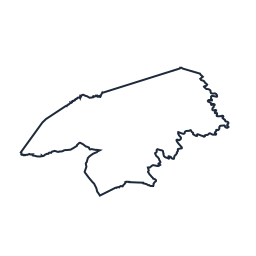 outline of Mazabuka, Southern, Zambia, rotated 106°
{"feature_id": "96606910B8169685936662", "entity_name": "Mazabuka", "entity_type": "district", "adm_level": 2, "iso_a3": "ZMB", "parent_name": "Zambia", "parent_adm1": "Southern", "projection": "equal_earth", "projection_center": [27.75, -15.894], "detail": "fine", "context": "isolated", "style": "outline", "palette": "slate", "viewbox_px": 256, "rotation_deg": 106, "n_neighbors": 0, "source": "geoboundaries", "source_scale": "gbopen_adm2", "svg_char_len": 5674}
<svg xmlns="http://www.w3.org/2000/svg" viewBox="0 0 256 256"><g transform="rotate(106 128 128)"><path d="M177.5,90.6L177.1,88.6L177.0,88.3L176.9,88.4L176.5,87.9L175.9,87.7L174.4,88.1L173.8,87.8L173.0,87.6L171.6,86.7L171.2,86.5L170.7,86.6L170.2,87.0L169.8,88.0L169.7,90.0L169.0,90.5L168.4,91.8L167.2,93.5L166.7,94.5L165.9,95.2L164.8,96.6L164.5,96.7L163.2,96.3L160.5,98.0L160.2,97.3L160.2,96.7L160.0,96.2L157.4,94.4L156.9,93.8L156.7,93.0L156.4,88.9L155.8,87.9L154.6,86.9L154.4,87.3L154.5,88.0L154.5,88.6L154.1,88.9L153.6,88.8L152.7,87.6L152.0,87.4L151.3,87.8L150.4,88.9L149.0,89.8L148.7,90.2L147.9,91.2L147.3,92.7L146.7,93.5L145.1,94.9L144.6,95.0L144.0,94.3L143.2,93.9L142.7,93.9L141.4,94.4L140.3,93.9L140.3,90.4L140.1,89.4L140.4,88.3L140.6,88.0L142.2,87.3L142.6,86.8L143.2,86.8L145.0,85.8L145.8,84.3L145.9,83.5L146.0,81.4L146.2,80.7L146.2,80.3L146.0,80.1L145.6,80.0L144.7,81.2L144.0,81.2L143.9,81.0L144.0,79.5L144.1,78.7L145.0,77.7L145.2,77.1L145.2,76.0L144.8,75.4L142.3,75.6L140.9,75.0L140.7,74.7L140.0,74.4L138.5,74.0L138.3,74.3L137.4,74.2L136.4,73.7L136.2,73.7L135.1,74.2L134.6,74.2L134.4,74.1L132.7,70.8L132.4,70.7L131.8,70.9L128.8,75.6L127.3,77.4L126.4,78.0L126.0,78.0L125.7,77.7L125.5,77.0L125.7,75.8L125.6,75.4L125.3,75.0L123.9,74.2L122.8,74.4L122.4,74.7L121.1,76.8L119.5,78.3L118.1,78.6L118.0,78.3L118.2,77.2L118.4,74.1L118.4,73.4L118.3,73.0L118.1,72.6L117.3,72.1L116.3,72.3L115.6,72.0L114.9,71.3L114.3,69.8L114.0,68.6L113.0,67.6L112.8,67.2L113.2,66.6L113.8,66.1L114.3,65.4L114.7,64.1L115.0,63.9L115.8,63.8L116.1,63.6L116.7,61.1L116.8,60.4L116.7,59.6L116.0,59.5L115.5,59.8L114.9,59.6L114.8,59.3L114.8,58.2L115.1,55.8L115.1,54.1L115.4,53.1L115.4,52.6L115.2,52.2L114.6,51.8L114.4,51.9L114.3,52.3L114.1,52.3L113.4,51.2L113.1,50.9L112.8,49.8L112.1,49.1L110.7,48.3L110.6,48.1L110.5,47.5L111.0,45.3L111.0,44.5L110.5,43.1L110.4,42.1L110.0,41.6L109.4,41.6L109.2,41.9L108.9,42.9L108.8,43.1L108.2,43.2L107.2,42.4L107.1,42.1L107.2,42.4L106.3,42.3L106.1,42.4L105.8,42.7L105.6,42.6L105.2,42.0L105.1,40.8L104.7,40.4L103.6,40.0L102.4,40.3L102.1,40.5L100.7,40.1L100.1,39.2L99.6,37.6L99.0,36.3L99.2,35.5L100.1,35.0L100.6,33.9L100.5,32.7L100.2,32.3L99.8,32.2L99.3,31.7L99.0,31.9L99.0,32.3L98.3,33.3L98.0,33.5L97.5,33.2L96.9,33.4L96.2,32.8L95.4,32.9L95.1,33.1L94.7,33.8L94.6,34.8L94.7,36.0L94.5,36.4L94.0,36.8L93.4,37.1L93.2,37.4L93.2,38.4L92.7,38.8L92.5,39.7L92.1,40.0L91.8,40.0L90.9,39.5L90.5,39.6L90.2,39.9L90.2,40.8L91.2,42.4L92.0,45.0L92.0,45.9L91.6,46.2L90.0,46.2L89.3,46.5L89.3,47.2L89.7,48.1L89.7,48.4L89.4,48.7L88.4,48.7L87.1,48.0L86.5,48.5L86.6,49.2L87.3,50.0L87.5,50.6L87.5,51.3L87.3,51.8L86.7,52.1L85.7,52.2L84.3,51.4L83.4,51.8L82.3,51.1L81.7,51.1L81.5,51.3L81.3,52.0L81.4,53.1L82.8,53.9L82.8,54.3L82.6,54.6L81.3,55.0L80.9,55.8L80.5,58.3L80.0,58.7L79.2,58.4L78.9,58.2L78.5,56.9L78.5,55.3L78.3,54.9L77.8,55.0L76.9,56.3L76.1,56.4L74.9,56.8L74.2,56.4L73.8,55.4L73.5,51.3L72.9,51.1L72.0,51.5L71.1,52.5L70.8,53.4L70.8,54.2L71.3,55.1L71.7,57.2L71.6,57.8L70.8,58.5L69.7,58.8L68.9,59.7L68.5,61.2L68.6,62.0L68.9,63.3L68.6,64.3L68.0,65.1L67.7,66.0L67.2,66.4L66.7,65.9L66.5,65.3L65.6,64.2L64.4,63.9L63.1,66.7L62.3,67.3L61.8,68.5L61.8,70.8L60.8,72.1L58.1,70.2L56.7,73.0L55.9,73.8L55.8,91.8L55.3,93.2L55.7,94.5L56.5,94.6L101.3,162.4L101.2,162.5L104.9,163.2L104.7,163.8L104.9,164.0L105.0,163.9L105.3,163.1L105.8,163.2L105.9,163.5L105.6,164.1L105.7,164.8L105.5,165.6L106.1,165.4L106.3,165.5L106.2,166.2L105.7,166.2L105.6,166.7L105.8,167.0L105.6,167.7L106.5,168.1L106.9,169.0L106.8,169.7L106.9,170.0L107.2,170.0L107.4,169.3L108.0,169.9L107.9,170.5L108.3,170.6L108.8,171.4L109.3,172.9L109.5,173.2L109.1,175.0L108.8,175.7L108.8,178.0L108.4,179.8L108.5,180.5L108.8,181.1L109.5,181.4L109.7,181.9L109.8,181.7L110.1,181.8L110.2,182.0L110.5,181.9L110.6,182.2L110.8,182.0L111.8,182.1L111.6,182.2L111.7,182.5L112.1,182.5L112.0,182.8L112.4,182.8L112.4,184.0L112.6,184.6L113.0,184.9L113.6,185.0L114.0,185.4L114.1,185.7L114.4,186.0L114.6,185.9L115.3,186.8L115.9,186.6L116.1,186.7L116.7,187.8L116.8,187.6L117.1,187.8L117.1,188.3L118.1,188.9L118.4,188.9L118.4,189.1L118.6,189.0L118.9,189.3L119.5,189.5L119.7,189.8L119.6,190.2L119.8,190.1L120.6,190.8L121.5,191.3L121.7,191.7L121.9,191.7L122.0,192.0L122.9,192.5L123.5,193.3L123.9,193.2L123.9,193.6L124.4,194.2L142.0,209.3L146.3,211.8L180.9,224.3L181.0,224.0L181.4,223.5L182.7,223.4L183.0,223.0L182.9,222.7L183.0,222.4L182.7,222.1L182.8,221.3L182.6,221.2L182.6,220.9L182.5,220.4L182.8,220.3L182.5,219.6L182.3,219.5L182.4,219.2L181.8,218.4L181.4,217.1L180.7,216.5L180.5,215.8L180.2,215.6L180.4,214.7L180.0,213.9L179.9,213.3L179.7,212.7L179.9,212.8L180.2,212.2L180.6,212.1L180.6,211.0L180.4,210.5L180.4,207.7L179.7,204.8L179.3,203.8L178.5,203.3L178.2,203.4L178.6,202.4L178.2,201.7L177.5,200.9L176.6,200.5L176.1,199.8L175.2,198.9L175.0,197.9L174.7,197.4L174.1,197.4L173.4,196.9L173.0,195.0L171.8,194.7L170.2,192.2L170.3,188.9L169.9,187.8L169.4,187.3L169.0,185.7L168.1,184.2L167.4,183.7L166.6,182.4L166.1,180.9L164.7,177.3L162.3,174.9L159.2,172.2L158.4,172.3L155.6,170.6L155.4,169.7L156.1,166.5L157.4,163.4L157.3,162.3L157.5,160.2L157.7,159.9L158.4,159.7L159.1,158.6L158.3,157.1L158.0,153.4L157.5,151.4L157.2,149.0L158.7,150.6L159.8,151.3L162.1,154.2L164.2,156.0L166.0,157.3L167.9,158.3L172.3,158.3L173.1,158.7L173.8,158.8L176.7,157.3L182.1,157.6L182.5,157.3L186.4,152.2L189.8,147.2L190.8,145.3L194.5,141.9L197.6,140.1L199.5,137.7L200.7,136.4L188.9,123.6L188.7,122.6L188.2,122.4L187.5,121.1L187.5,120.1L186.5,119.7L185.7,118.8L185.7,117.4L185.5,117.0L184.5,116.9L182.8,115.9L180.6,115.1L180.5,115.4L180.2,115.1L179.4,111.9L179.7,111.8L176.4,98.3L177.0,98.1L176.8,95.0L177.4,92.6L177.1,92.0L177.5,90.6Z" fill="none" stroke="#1e293b" stroke-width="2"/></g></svg>